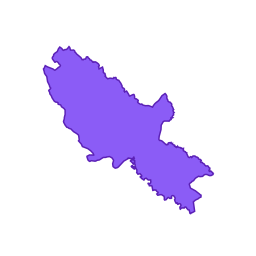 Bagoue, Savanes, Ivory Coast, rotated 128°
{"feature_id": "98640826B26044148659027", "entity_name": "Bagoue", "entity_type": "district", "adm_level": 2, "iso_a3": "CIV", "parent_name": "Ivory Coast", "parent_adm1": "Savanes", "projection": "natural_earth1", "projection_center": [-6.474, 9.903], "detail": "fine", "context": "isolated", "style": "filled", "palette": "violet", "viewbox_px": 256, "rotation_deg": 128, "n_neighbors": 0, "source": "geoboundaries", "source_scale": "gbopen_adm2", "svg_char_len": 5837}
<svg xmlns="http://www.w3.org/2000/svg" viewBox="0 0 256 256"><g transform="rotate(128 128 128)"><path d="M159.5,86.2L159.2,85.8L159.3,83.6L158.9,83.3L157.7,83.7L156.4,82.8L156.5,80.0L155.0,78.2L156.4,76.8L157.5,76.4L158.4,76.5L158.9,77.9L159.3,78.1L159.6,77.8L159.6,76.8L160.4,75.6L159.2,74.1L159.0,73.4L161.9,70.0L161.6,69.7L160.6,69.3L160.4,68.5L159.7,67.9L160.3,66.1L160.1,64.9L160.4,64.5L161.1,64.4L162.3,64.7L162.7,63.3L162.4,62.9L161.0,61.8L159.9,60.6L159.6,57.6L160.7,56.3L162.0,55.4L162.2,54.8L161.2,53.9L158.1,53.7L157.8,53.3L157.8,51.8L156.9,50.7L156.3,50.5L155.6,51.5L154.6,51.7L153.6,51.1L153.3,50.1L154.0,48.0L154.9,47.2L155.8,47.2L156.9,45.6L157.7,43.8L157.4,43.2L156.8,43.4L156.7,43.2L157.5,41.8L157.2,41.5L156.2,41.3L155.6,40.0L155.7,39.5L156.5,38.5L158.4,38.4L159.7,37.1L159.7,36.7L158.3,36.7L157.0,35.4L156.6,34.5L155.6,34.6L154.8,33.9L154.7,33.1L155.0,32.8L155.5,30.3L155.0,29.2L156.5,27.4L156.7,26.7L157.1,26.5L156.9,25.9L155.7,25.8L155.0,25.2L152.6,24.2L146.0,31.0L143.3,30.5L140.5,29.1L138.9,28.8L137.6,28.0L136.4,28.7L135.9,29.3L136.2,30.1L136.0,30.9L136.0,36.2L136.9,41.8L134.6,45.1L133.8,45.3L131.5,44.6L130.6,44.7L129.2,43.9L126.5,44.0L125.6,43.8L122.6,42.7L122.0,41.3L120.4,39.6L119.5,39.3L117.9,39.1L117.1,38.6L116.0,37.1L115.4,34.6L114.4,33.3L112.5,32.4L111.6,32.6L111.7,33.1L111.0,33.7L111.1,35.2L110.9,35.9L110.9,36.4L111.9,36.7L112.0,37.2L111.8,37.9L111.2,38.2L110.2,38.1L109.2,38.8L109.4,39.8L108.8,41.1L108.8,41.9L110.0,43.3L109.9,44.8L109.4,45.9L109.7,47.1L109.4,48.3L110.3,49.4L110.1,49.9L109.6,50.4L108.8,50.1L108.4,50.3L108.3,51.8L108.8,52.6L108.9,53.4L108.9,53.6L108.4,54.0L108.3,54.5L108.4,55.7L108.9,56.4L108.8,57.6L109.2,58.5L110.1,59.6L112.0,59.6L111.8,60.6L112.0,61.0L113.5,61.4L113.8,62.3L113.5,63.2L112.0,66.0L111.3,66.5L111.8,67.7L111.4,68.2L111.8,70.4L110.0,71.7L110.7,72.0L110.9,72.9L110.7,73.4L111.3,73.6L111.4,73.8L111.2,74.8L112.0,76.0L112.0,76.5L112.2,76.9L111.9,77.6L112.7,77.4L112.9,77.6L113.0,78.2L113.5,78.0L113.6,78.7L113.3,79.0L113.4,80.0L113.7,80.0L113.7,80.3L113.3,80.7L112.9,80.7L112.9,80.9L113.4,82.4L113.2,83.1L112.8,83.4L113.3,83.7L113.0,84.7L113.3,84.6L113.5,84.9L113.3,85.4L113.8,85.6L113.8,86.0L114.5,86.8L115.3,87.0L116.3,86.4L116.8,87.1L117.2,86.9L117.7,87.6L117.3,93.0L117.7,94.6L118.3,95.4L118.2,96.1L117.9,96.7L115.4,98.3L109.0,101.0L105.3,103.6L101.5,104.1L100.2,103.7L97.2,99.8L96.0,99.9L95.3,99.4L94.6,99.3L94.2,99.9L93.7,100.3L93.3,99.6L92.3,99.1L92.4,99.8L92.0,100.1L90.4,100.4L89.8,100.1L89.1,100.5L88.3,101.4L87.4,101.2L87.4,101.7L86.8,103.0L86.4,103.4L85.4,103.3L85.2,104.1L84.8,104.4L83.8,106.4L83.7,107.3L82.5,108.0L82.0,108.7L81.9,109.4L82.0,110.1L81.7,110.7L82.2,111.5L82.2,113.1L81.4,114.0L81.1,114.9L80.5,115.9L79.0,116.9L78.2,118.7L78.0,120.0L81.6,121.1L86.7,120.7L89.0,121.0L90.0,121.4L92.3,121.8L94.7,121.8L96.4,121.5L97.7,125.6L99.7,128.0L100.7,130.2L100.6,131.9L101.3,132.3L101.7,133.1L101.9,134.9L101.8,136.1L101.5,136.5L100.4,136.6L99.9,137.0L99.9,139.3L100.4,140.0L100.4,141.2L99.0,142.3L98.1,143.5L98.0,144.1L98.5,144.6L101.4,146.1L101.9,146.6L101.0,148.4L99.8,151.7L99.8,152.0L101.6,152.8L101.2,153.3L101.3,153.8L100.0,154.3L99.5,154.8L99.3,155.9L99.6,157.0L99.1,158.2L98.4,158.7L97.2,161.1L96.1,164.7L96.6,165.7L96.7,167.4L95.8,168.3L95.7,168.7L96.1,169.2L96.8,169.5L96.9,170.2L98.1,170.1L99.8,172.9L101.7,174.3L101.6,175.9L101.4,176.6L101.3,177.9L100.3,178.2L100.0,179.0L99.3,179.6L99.2,180.1L99.5,180.7L99.4,181.6L97.4,183.3L95.7,185.6L99.2,187.2L97.7,189.1L96.7,188.9L96.3,189.3L95.7,190.6L95.7,192.8L95.9,194.3L96.6,194.7L96.7,195.7L97.5,195.7L97.8,196.2L97.2,198.6L97.7,199.8L97.2,200.9L97.1,202.9L96.7,203.6L97.6,204.5L99.8,203.9L100.8,205.1L101.8,205.3L101.9,205.8L102.4,206.2L101.5,208.5L101.3,214.1L100.9,215.4L100.9,216.5L100.2,217.2L100.0,218.8L101.2,220.1L102.0,221.3L100.4,223.5L100.2,224.6L102.8,224.6L104.1,224.9L105.0,226.0L105.5,226.0L106.0,226.6L106.6,226.8L106.6,227.9L106.3,228.4L106.1,229.3L106.2,231.6L108.3,231.6L111.3,230.8L114.3,231.7L115.8,231.8L117.1,231.1L118.7,231.1L119.5,230.8L120.1,230.0L121.2,226.2L120.9,225.8L120.0,225.6L119.4,224.9L119.4,223.2L120.0,222.0L119.9,221.0L120.4,219.7L121.6,219.5L123.4,220.3L123.9,220.2L127.1,221.0L127.6,221.4L127.7,223.5L129.4,229.1L129.8,231.6L132.4,230.9L133.5,231.0L135.3,228.5L136.1,227.7L136.8,226.1L137.2,224.4L137.7,223.4L141.0,219.9L142.8,216.2L143.8,215.0L144.0,213.7L144.3,213.4L145.4,213.3L146.1,213.6L147.4,213.4L148.0,211.9L149.3,210.4L149.7,208.6L151.0,206.3L152.3,202.5L152.1,200.9L151.4,199.8L151.1,198.9L152.2,197.8L152.1,197.2L151.3,195.4L151.4,194.9L152.2,193.5L152.0,190.6L152.5,188.7L156.0,185.9L158.8,184.7L160.1,183.8L162.5,182.9L163.2,182.0L164.5,179.1L165.1,176.6L164.6,175.7L164.6,174.2L163.9,172.5L164.4,168.7L164.0,165.1L164.0,162.8L164.8,161.7L167.4,159.1L168.6,159.1L169.4,154.9L170.7,152.5L169.0,147.0L168.9,143.5L169.4,140.1L170.0,138.8L170.5,138.4L173.0,141.8L175.5,142.9L176.0,142.6L177.4,140.5L177.9,139.6L178.0,138.5L177.8,137.5L176.4,136.9L174.4,133.5L173.4,132.8L172.4,132.4L170.8,130.9L166.5,129.4L164.7,127.3L164.0,127.0L161.9,125.0L161.4,122.4L162.1,119.9L162.6,119.3L165.6,118.1L167.6,116.0L167.6,113.8L167.3,113.1L165.8,112.0L164.6,111.6L156.6,110.9L152.4,109.2L152.1,109.5L151.2,108.9L151.4,108.5L150.7,107.8L149.6,105.7L149.1,105.4L147.8,105.6L147.4,105.5L148.0,104.4L148.7,104.8L149.4,104.2L149.6,102.6L149.8,102.4L149.9,102.5L149.6,103.4L150.3,104.9L151.8,106.0L152.5,105.8L152.7,103.3L153.2,101.5L152.8,101.2L152.3,101.3L151.2,101.9L151.0,101.5L151.9,101.0L152.4,99.9L153.7,98.9L154.0,98.2L154.8,98.7L155.1,100.2L154.9,101.3L155.6,101.8L156.2,101.8L156.5,101.1L156.5,97.8L156.2,97.5L155.3,97.7L154.8,97.2L155.0,96.6L155.5,95.3L157.2,93.9L157.7,93.8L158.0,93.2L157.9,92.6L158.3,91.7L156.6,90.4L157.0,88.0L157.8,87.5L158.7,88.4L159.1,88.2L159.1,87.2L159.5,86.2Z" fill="#8b5cf6" stroke="#5b21b6" stroke-width="1.5"/></g></svg>